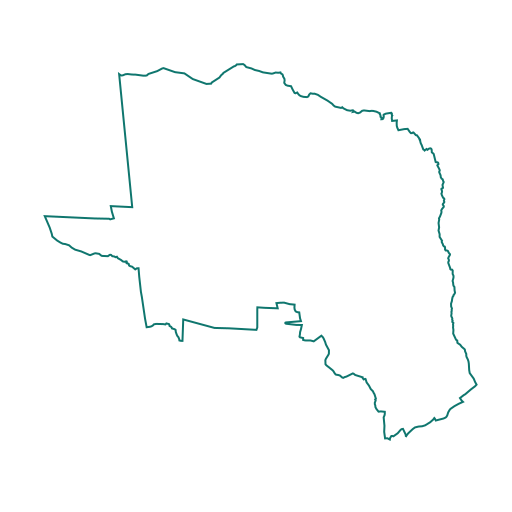 Stefanesti, Vâlcea, Romania (Albers equal-area conic projection), rotated 174°
{"feature_id": "2599482B29956457014719", "entity_name": "Stefanesti", "entity_type": "district", "adm_level": 2, "iso_a3": "ROU", "parent_name": "Romania", "parent_adm1": "Vâlcea", "projection": "albers", "projection_center": [24.21, 44.611], "detail": "fine", "context": "isolated", "style": "outline", "palette": "teal", "viewbox_px": 512, "rotation_deg": 174, "n_neighbors": 0, "source": "geoboundaries", "source_scale": "gbopen_adm2", "svg_char_len": 5926}
<svg xmlns="http://www.w3.org/2000/svg" viewBox="0 0 512 512"><g transform="rotate(174 256 256)"><path d="M461.9,317.7L458.2,305.8L456.8,299.4L456.5,296.6L452.2,292.2L449.1,289.8L446.9,288.4L444.4,287.8L440.8,286.2L438.4,283.6L435.2,281.2L429.3,278.8L421.5,274.4L420.7,274.2L416.5,275.4L415.3,275.5L411.7,274.5L410.1,272.8L409.2,272.2L403.3,271.3L401.4,272.4L400.5,272.4L400.0,272.2L398.9,270.8L397.1,270.4L395.8,269.5L394.4,269.8L393.7,268.3L390.7,266.2L389.0,264.5L387.7,264.1L386.7,264.0L385.8,264.3L385.2,264.1L385.1,263.5L385.4,263.3L385.6,262.7L385.0,262.1L383.7,261.7L383.4,261.4L383.2,259.8L382.3,259.1L380.3,258.3L377.5,255.3L375.8,256.2L374.1,256.1L374.3,247.5L374.2,232.4L373.8,227.1L372.9,205.3L372.2,196.6L368.9,196.7L367.3,197.0L365.8,197.7L364.7,198.7L362.5,198.9L355.5,198.0L353.2,197.4L352.2,198.3L349.7,197.4L349.4,196.7L349.3,195.5L347.8,194.4L347.3,193.6L347.2,192.8L344.6,191.7L343.7,190.9L343.7,188.8L343.0,185.9L342.5,184.6L341.6,183.3L341.0,180.9L341.0,180.0L339.7,179.5L338.0,179.3L335.0,200.5L304.8,188.8L290.4,186.9L263.3,182.5L262.2,184.8L260.3,202.8L260.0,204.8L253.1,203.6L239.9,201.7L240.6,207.0L237.3,207.0L233.0,206.7L227.6,204.6L222.7,203.6L223.2,200.5L223.1,198.6L222.4,196.9L222.0,196.5L220.7,195.8L218.9,195.4L218.7,189.4L218.1,186.5L233.0,186.8L233.6,186.7L233.9,186.3L233.7,185.9L233.2,185.5L222.9,183.2L217.6,182.6L218.9,178.6L220.1,175.7L220.5,173.5L221.2,171.2L220.7,170.5L217.7,169.5L217.9,167.6L216.0,166.9L210.7,166.3L207.5,165.1L199.3,169.9L197.9,168.1L197.3,166.7L196.2,163.2L195.7,160.6L193.3,154.7L193.7,151.4L194.1,150.5L197.2,146.5L197.9,145.2L198.2,141.1L197.5,140.0L191.8,134.4L191.0,133.3L190.1,131.3L189.2,129.9L188.7,129.6L186.5,129.0L185.1,128.4L182.9,126.1L181.9,125.7L180.5,126.3L178.7,126.6L172.0,129.1L171.2,128.7L169.8,127.3L162.6,124.2L162.7,123.5L161.8,122.0L160.3,122.4L159.9,122.2L159.2,118.7L157.2,115.3L155.8,111.7L153.8,109.2L153.4,107.8L152.6,106.1L151.7,101.5L152.5,100.9L152.1,99.8L153.2,97.6L153.3,96.1L153.0,95.0L153.0,93.2L152.3,91.4L150.4,88.4L148.1,88.4L144.2,87.6L144.4,85.6L144.8,84.2L145.9,82.2L146.0,73.7L146.9,67.7L146.7,61.1L144.4,61.0L142.1,59.5L141.7,60.9L140.2,62.8L139.3,62.8L138.2,62.3L133.6,64.9L130.2,68.1L129.2,68.6L127.9,68.7L125.8,62.7L125.8,61.3L125.5,61.1L125.1,61.7L123.2,63.7L118.2,67.5L115.8,68.9L112.1,69.4L108.6,69.3L105.5,69.9L100.1,72.5L96.9,74.8L95.6,76.2L95.1,75.5L94.4,73.6L86.4,74.8L84.4,75.5L83.6,76.0L82.5,77.4L81.2,80.4L79.6,82.6L78.6,83.6L74.4,85.9L69.9,87.8L65.4,89.3L66.6,90.7L68.0,93.4L64.0,95.9L62.4,96.6L56.3,100.8L51.7,103.6L50.1,105.0L51.3,107.9L52.3,111.3L55.7,117.2L55.9,120.3L55.6,126.6L55.7,128.8L56.1,130.8L57.2,133.8L57.3,135.4L57.1,136.5L58.0,139.3L58.1,141.1L58.4,141.6L60.9,144.2L62.2,146.4L64.7,148.5L64.8,149.1L64.7,150.9L65.8,151.8L68.0,158.2L67.4,161.7L67.5,164.5L67.2,165.8L67.2,167.5L66.7,168.8L67.7,170.0L67.2,171.1L67.6,172.1L67.3,173.0L67.5,174.2L68.0,175.3L68.1,176.2L67.5,178.5L67.5,180.1L67.1,180.8L67.0,182.3L66.6,183.3L67.2,185.4L67.0,188.2L65.9,190.7L65.5,192.4L64.8,194.6L63.9,195.6L63.7,196.4L63.0,197.0L61.9,198.6L62.1,201.3L61.9,204.4L62.7,205.8L62.8,206.5L62.8,209.2L63.1,210.6L61.9,213.7L61.7,215.0L61.7,215.8L62.3,217.6L61.9,221.0L62.4,221.9L63.6,222.1L64.1,222.6L64.2,223.9L65.5,229.0L65.4,229.9L64.8,230.8L64.6,231.5L64.7,232.5L65.1,233.6L64.7,234.5L63.0,236.9L62.9,237.5L64.0,239.1L64.6,240.9L65.7,241.6L66.8,241.7L67.3,242.6L67.3,243.3L67.1,244.0L67.2,245.3L67.3,245.6L68.2,246.0L68.8,247.1L69.0,248.4L69.8,250.3L69.7,251.2L69.4,251.7L71.4,255.8L71.1,258.5L71.8,262.2L70.9,265.3L71.0,269.7L70.0,273.1L70.1,274.3L68.8,276.2L67.2,279.4L66.9,280.5L67.0,282.0L66.1,283.3L64.1,285.3L64.1,286.2L64.9,287.5L64.7,288.2L63.2,289.7L63.1,290.5L63.4,291.1L63.3,291.6L62.7,292.9L63.0,293.7L63.8,294.3L64.8,297.1L65.1,298.6L64.6,299.4L64.2,301.0L64.7,303.2L64.4,303.6L63.3,303.9L62.9,304.3L63.1,307.2L61.6,309.9L61.7,310.4L62.1,311.1L62.3,312.7L63.3,313.5L64.0,315.0L64.0,317.0L65.0,320.0L65.0,320.6L64.5,321.5L64.3,322.1L64.9,324.0L66.2,327.1L66.0,327.5L65.0,328.2L65.0,329.2L65.2,329.8L65.7,330.2L67.0,330.4L67.5,330.7L68.6,338.8L68.8,339.2L70.3,340.7L70.2,343.3L70.5,344.3L71.1,344.8L72.1,344.8L72.9,344.6L74.4,343.7L75.2,344.6L77.3,343.3L77.7,344.0L78.5,344.5L79.7,349.2L80.3,350.7L80.6,352.3L80.7,354.3L81.0,354.2L81.6,356.3L83.3,359.2L84.4,359.5L86.5,362.4L87.1,362.4L88.0,361.9L89.1,362.0L90.1,363.3L91.9,366.6L95.3,366.7L101.2,366.2L102.1,368.9L102.4,370.7L102.2,373.7L101.7,376.1L106.5,376.1L106.6,378.9L106.1,381.3L105.8,381.5L106.3,382.6L106.0,383.1L106.0,383.5L106.5,384.3L112.0,384.0L114.1,383.3L114.4,383.0L114.4,381.0L115.1,379.4L115.8,378.9L117.0,378.9L116.7,380.5L117.6,381.4L117.5,383.0L118.1,384.2L117.9,384.9L121.1,386.9L124.2,388.0L126.0,388.3L127.8,388.2L133.4,389.5L135.3,389.3L137.5,387.8L139.5,387.3L141.1,387.9L142.8,389.3L144.1,389.2L143.6,389.7L144.1,390.6L144.6,390.8L147.0,390.6L150.2,391.5L153.6,393.7L154.7,394.9L155.1,394.5L156.0,394.4L161.7,396.3L163.1,397.6L164.3,399.3L168.7,403.1L175.0,407.6L177.6,409.8L180.8,411.3L182.4,411.4L184.8,412.1L186.2,411.0L187.3,409.2L188.7,408.7L192.1,409.3L194.6,410.3L195.9,411.2L197.0,412.6L197.9,414.3L199.7,413.7L200.6,414.1L202.2,417.8L203.4,421.2L206.8,422.1L208.5,423.0L209.6,424.8L209.8,425.3L209.2,427.6L209.2,429.2L210.3,431.6L210.4,432.9L210.7,433.8L212.3,435.1L212.5,436.0L214.6,435.9L217.3,436.4L220.3,435.7L221.5,435.7L229.9,437.9L233.6,439.7L237.7,441.1L240.9,443.0L245.9,444.9L247.5,447.2L248.8,448.2L255.1,448.5L255.9,447.7L257.3,447.0L258.2,446.9L269.3,441.5L269.8,440.8L271.8,439.4L273.7,437.3L281.8,433.2L282.6,432.1L287.3,432.3L300.4,438.6L308.1,445.1L317.3,447.3L328.3,452.5L329.7,452.3L334.9,450.2L343.9,448.3L345.7,447.0L346.8,446.9L349.2,447.1L357.0,449.0L360.2,449.4L364.7,450.4L366.9,450.4L369.6,449.6L371.1,449.6L371.7,449.9L373.1,451.2L374.0,317.5L395.2,320.8L394.7,315.1L393.4,308.3L397.2,307.7L398.2,308.4L412.5,310.2L461.9,317.7Z" fill="none" stroke="#0f766e" stroke-width="2"/></g></svg>